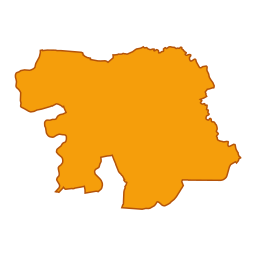 Bang Rachan, Sing Buri, Thailand (orthographic projection)
{"feature_id": "78962969B85882398949234", "entity_name": "Bang Rachan", "entity_type": "district", "adm_level": 2, "iso_a3": "THA", "parent_name": "Thailand", "parent_adm1": "Sing Buri", "projection": "orthographic", "projection_center": [100.278, 14.891], "detail": "fine", "context": "isolated", "style": "filled", "palette": "amber", "viewbox_px": 256, "rotation_deg": 0, "n_neighbors": 0, "source": "geoboundaries", "source_scale": "gbopen_adm2", "svg_char_len": 5754}
<svg xmlns="http://www.w3.org/2000/svg" viewBox="0 0 256 256"><path d="M207.0,70.6L206.9,69.4L207.1,67.5L207.0,66.7L206.4,66.1L205.9,66.1L202.8,66.6L201.1,67.7L200.6,67.8L200.1,67.7L199.6,67.5L199.0,66.7L196.5,62.2L196.2,61.4L195.8,59.8L195.7,59.6L195.4,59.3L194.9,59.1L194.2,59.3L191.9,60.8L191.5,60.9L191.0,61.1L190.3,60.8L189.6,59.5L189.4,57.9L189.7,57.2L190.6,56.1L190.8,55.4L190.7,54.9L190.1,54.6L189.6,54.5L188.3,54.7L187.1,55.3L186.6,55.3L186.1,55.2L185.5,54.8L185.2,54.4L185.3,53.9L186.2,53.0L186.2,52.6L185.0,52.0L184.7,51.4L183.7,50.8L183.3,49.9L182.0,49.1L181.8,48.7L181.9,47.8L181.6,47.4L181.1,47.2L180.4,47.3L179.6,48.3L178.7,48.2L178.2,48.3L177.5,48.1L176.2,48.5L175.6,48.3L174.6,47.4L172.0,47.2L170.7,46.8L169.4,46.8L169.0,46.9L167.0,48.3L166.6,48.5L166.2,48.4L165.5,47.7L165.1,47.7L163.5,49.0L163.6,50.7L163.4,51.2L163.0,51.4L161.8,51.6L160.2,52.7L158.8,52.9L158.7,52.8L158.6,51.4L158.5,50.8L158.1,50.3L157.5,49.9L156.9,49.7L156.3,49.7L154.8,50.8L154.3,50.8L153.9,50.6L154.2,49.4L154.1,49.1L152.5,49.1L150.9,49.6L150.0,49.6L148.2,49.0L146.7,47.6L144.7,47.9L143.9,47.5L143.3,46.8L141.4,47.9L140.1,48.3L136.5,49.0L135.2,49.8L132.7,51.7L127.3,54.1L126.7,54.1L125.6,53.8L124.8,53.8L123.1,53.4L122.0,54.0L121.0,54.2L118.4,54.1L117.4,54.6L116.2,54.7L115.0,54.9L113.0,54.9L113.2,57.0L113.1,57.9L108.0,62.3L106.7,61.3L105.1,60.8L100.5,61.0L97.9,60.9L90.4,59.5L90.5,58.7L90.5,58.3L90.3,58.1L89.4,58.1L88.7,57.8L87.8,57.7L86.8,57.4L85.4,56.5L84.6,56.3L83.9,55.3L83.3,55.2L83.1,54.1L82.7,53.7L82.8,53.3L82.6,52.8L81.8,52.6L81.3,52.3L60.8,50.6L57.2,50.6L55.5,50.2L47.2,50.1L42.6,50.6L42.3,50.0L40.3,50.4L40.3,52.9L39.3,57.0L35.9,63.3L35.5,64.6L35.0,67.1L34.5,67.9L33.2,68.9L32.4,69.3L31.3,69.8L29.7,70.3L24.5,69.9L20.8,70.6L19.1,71.8L16.9,72.6L16.3,73.0L16.0,73.4L15.5,74.7L15.4,75.9L15.5,77.4L16.2,79.9L16.5,81.8L16.0,85.7L16.1,86.7L16.6,87.6L18.1,88.9L19.3,90.2L20.3,91.8L20.7,92.6L20.4,100.6L21.0,103.1L20.6,106.1L20.9,106.8L21.4,107.2L24.4,108.7L28.5,111.1L30.0,111.7L30.8,111.9L34.0,111.4L37.0,110.0L41.6,109.1L50.4,106.5L51.6,105.9L51.8,105.9L52.1,106.1L56.0,104.0L56.5,103.8L57.1,103.9L58.8,104.4L61.6,105.9L62.4,106.9L63.6,106.4L63.8,107.3L66.1,112.5L63.0,114.0L60.2,114.6L58.4,115.6L57.5,116.4L56.3,118.6L56.0,118.9L55.2,119.3L54.6,119.4L52.5,119.4L50.1,120.2L49.3,120.2L47.7,120.1L46.7,120.2L46.2,120.4L45.3,121.3L44.8,122.1L44.6,122.9L44.7,125.3L44.9,126.4L45.4,127.2L45.7,128.4L46.4,132.9L47.0,134.1L47.7,135.1L48.3,135.8L49.3,136.5L50.1,136.8L51.1,137.0L52.5,137.2L53.3,137.1L54.1,136.8L55.6,135.8L56.9,135.1L58.8,134.3L59.5,134.2L62.5,134.7L64.4,134.8L64.9,134.9L65.8,135.5L66.2,136.1L66.4,136.7L66.4,139.3L66.0,140.9L65.6,141.7L64.9,142.3L63.9,142.6L63.0,143.1L62.3,143.8L61.0,146.0L57.3,149.0L56.8,149.8L56.5,151.3L56.5,152.0L56.7,152.4L58.3,154.3L61.7,157.2L62.5,158.6L62.8,160.6L62.7,162.2L62.4,163.0L61.0,164.9L59.1,166.4L58.4,167.4L58.3,168.2L58.4,169.3L59.2,173.1L59.2,175.0L58.9,175.9L57.3,177.7L56.7,179.3L56.8,180.0L57.0,180.5L59.3,184.4L59.6,185.5L59.6,186.3L59.2,187.6L58.6,188.3L55.5,191.7L56.2,191.9L57.6,191.9L58.9,192.3L63.1,187.9L63.4,187.3L65.0,189.0L65.3,189.2L65.7,189.2L71.9,188.5L72.7,188.7L73.9,188.6L74.9,188.1L81.2,187.0L84.3,186.3L85.0,189.6L85.1,193.1L96.1,191.2L97.5,191.4L98.1,191.7L101.0,189.2L101.8,187.9L102.4,185.2L102.3,183.2L101.3,180.7L100.6,179.7L99.7,178.6L96.0,174.9L95.1,173.9L94.6,171.9L94.7,170.9L95.0,170.2L95.7,169.3L98.1,167.9L98.7,167.5L99.1,166.9L100.0,163.7L100.6,162.6L101.1,161.4L101.1,159.8L100.8,157.3L107.1,156.0L110.9,155.6L112.2,155.2L114.1,160.1L115.6,163.6L115.8,164.5L118.6,171.5L119.6,172.9L120.6,173.7L121.5,175.0L122.6,176.0L123.8,178.4L124.5,179.5L123.9,179.9L123.8,180.0L124.9,181.6L125.4,182.0L126.7,182.3L126.8,182.5L126.4,183.8L126.1,184.9L124.9,186.7L125.2,187.9L124.3,190.0L123.9,192.0L123.4,203.9L123.3,204.3L122.8,204.8L121.8,207.7L142.2,209.2L145.8,208.4L148.4,208.5L150.0,208.2L154.4,205.7L155.5,204.4L157.0,202.0L157.5,201.8L158.5,202.1L159.5,202.8L162.2,205.2L163.2,205.6L164.2,205.8L164.8,205.8L165.3,205.6L167.6,204.5L169.3,203.5L170.3,202.8L171.0,201.9L174.3,199.2L176.3,196.8L180.2,190.6L181.2,188.9L182.0,187.8L182.8,186.3L183.3,185.6L182.2,182.7L181.7,181.8L182.4,179.9L187.0,179.9L187.7,179.9L188.3,180.1L220.8,180.3L222.3,180.0L223.6,179.5L225.1,178.4L226.1,177.4L226.6,176.5L227.0,175.4L229.4,166.9L230.4,165.0L230.8,164.5L231.7,163.9L235.4,161.8L236.1,162.5L236.5,163.0L238.3,160.8L239.1,158.6L240.6,157.9L240.6,157.5L238.9,156.0L238.2,154.1L238.1,152.7L237.4,151.8L236.1,149.4L235.7,148.0L235.3,145.7L235.0,144.6L233.7,144.3L229.7,146.3L228.8,146.4L228.3,146.0L228.0,145.5L227.9,144.6L228.2,142.6L228.2,141.8L228.1,141.6L226.7,141.4L224.4,141.8L223.2,141.8L222.1,141.4L220.7,141.2L219.3,140.7L218.6,140.4L217.6,139.7L217.3,139.0L217.3,137.8L216.5,136.4L216.8,135.5L218.0,134.4L218.2,133.4L216.7,131.9L216.4,131.4L216.6,130.4L217.2,129.0L217.0,127.3L216.4,125.1L215.3,123.8L214.8,122.8L214.4,122.3L213.7,121.9L212.1,121.8L211.5,121.4L211.4,121.1L211.2,119.4L210.9,118.8L210.5,118.5L210.1,118.4L209.6,118.6L208.9,119.8L208.3,120.1L207.8,120.0L206.5,119.4L206.1,118.8L205.9,118.0L206.5,116.1L207.0,115.6L208.2,115.1L208.8,114.7L209.1,114.2L209.0,113.9L208.0,112.8L207.8,112.2L208.3,110.8L208.2,110.1L207.8,109.9L206.8,109.7L206.5,109.4L206.9,107.8L207.1,105.4L206.9,105.1L206.7,105.1L205.5,105.3L205.1,105.0L204.7,103.8L204.3,103.6L204.0,103.6L203.2,104.0L202.8,104.1L201.8,103.9L200.9,103.3L200.5,102.9L200.5,102.5L201.5,101.3L201.8,100.6L201.6,100.4L200.2,99.4L203.9,98.0L206.7,96.4L205.8,94.4L206.0,93.8L205.5,92.8L205.3,91.9L205.6,91.4L206.7,90.2L207.2,89.3L209.3,88.9L212.7,87.8L212.9,87.7L213.2,87.9L213.9,87.7L214.2,85.9L212.9,82.7L211.0,80.1L209.5,77.6L209.1,76.4L208.6,73.9L207.0,70.6Z" fill="#f59e0b" stroke="#b45309" stroke-width="1.5"/></svg>